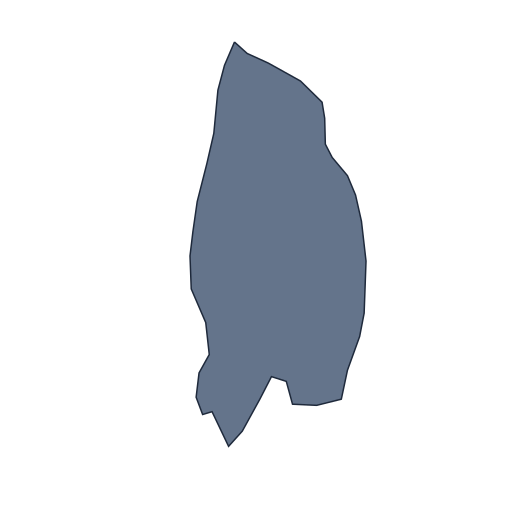 outline of Pano Polemidia, Limassol, Cyprus, rotated 222°
{"feature_id": "46923920B12019442550554", "entity_name": "Pano Polemidia", "entity_type": "district", "adm_level": 2, "iso_a3": "CYP", "parent_name": "Cyprus", "parent_adm1": "Limassol", "projection": "robinson", "projection_center": [32.992, 34.711], "detail": "fine", "context": "isolated", "style": "filled", "palette": "slate", "viewbox_px": 512, "rotation_deg": 222, "n_neighbors": 0, "source": "geoboundaries", "source_scale": "gbopen_adm2", "svg_char_len": 637}
<svg xmlns="http://www.w3.org/2000/svg" viewBox="0 0 512 512"><g transform="rotate(222 256 256)"><path d="M415.2,400.7L407.0,376.6L395.3,353.8L369.4,318.9L354.4,291.9L336.1,257.1L319.2,231.9L305.1,211.9L282.1,188.2L248.8,172.9L224.8,151.5L220.1,131.0L206.0,111.0L189.6,102.5L184.5,110.9L149.0,96.2L149.0,116.7L157.4,152.4L163.8,176.7L149.6,183.1L129.7,170.3L111.0,185.6L96.8,206.7L111.6,232.3L125.1,265.5L137.4,285.9L170.8,325.8L200.9,352.4L222.8,367.9L241.8,376.9L265.3,380.2L279.3,385.5L297.1,404.3L309.8,414.5L340.0,415.8L375.9,407.6L398.1,400.6L415.1,400.6L415.2,400.7Z" fill="#64748b" stroke="#1e293b" stroke-width="1.5"/></g></svg>